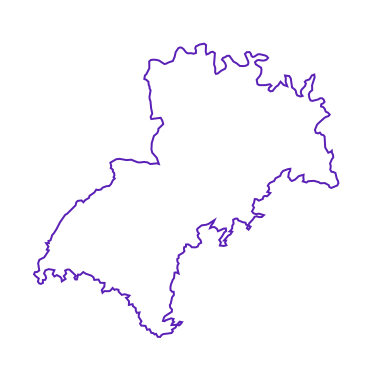 the district of São José dos Ausentes, Rio Grande do Sul, Brazil, rotated 9°
{"feature_id": "56859067B10014476741522", "entity_name": "São José dos Ausentes", "entity_type": "district", "adm_level": 2, "iso_a3": "BRA", "parent_name": "Brazil", "parent_adm1": "Rio Grande do Sul", "projection": "robinson", "projection_center": [-49.931, -28.671], "detail": "fine", "context": "isolated", "style": "outline", "palette": "violet", "viewbox_px": 384, "rotation_deg": 9, "n_neighbors": 0, "source": "geoboundaries", "source_scale": "gbopen_adm2", "svg_char_len": 5951}
<svg xmlns="http://www.w3.org/2000/svg" viewBox="0 0 384 384"><g transform="rotate(9 192 192)"><path d="M265.7,62.4L266.9,65.0L267.2,68.4L269.5,72.6L265.7,71.9L262.2,69.2L260.3,73.3L258.4,75.0L255.8,79.6L253.6,80.3L251.6,79.1L251.8,77.0L253.8,74.6L252.1,73.4L248.0,74.9L241.7,75.9L239.8,75.2L238.3,71.0L240.9,66.7L241.7,63.8L241.5,60.4L240.8,58.4L235.0,55.9L233.9,53.9L235.4,52.0L237.1,51.2L241.2,51.2L242.8,50.8L244.9,49.7L246.2,47.6L244.5,46.2L242.8,45.7L237.4,45.3L235.4,45.8L232.5,48.5L230.9,49.1L229.4,48.3L228.5,46.2L226.9,44.8L224.2,45.3L222.7,47.4L226.9,53.9L227.5,55.5L227.3,57.4L225.5,58.8L223.2,59.6L219.5,60.0L216.0,57.9L212.6,56.7L207.6,51.6L205.3,52.1L203.4,53.8L201.7,54.6L200.9,56.6L202.8,57.8L204.7,59.8L205.9,62.2L205.5,65.0L201.9,67.6L198.8,71.0L197.2,71.6L196.1,70.1L195.6,66.0L193.8,62.4L192.9,51.3L190.6,50.2L188.5,51.0L187.1,52.6L184.8,53.9L183.6,51.2L182.9,44.6L180.8,43.6L176.6,45.1L173.1,47.6L172.7,49.5L173.9,51.8L174.1,54.1L171.9,55.2L169.6,55.0L166.1,55.7L164.3,55.0L161.2,52.1L159.2,51.1L157.5,51.1L156.0,52.1L154.0,56.4L153.7,61.3L152.6,65.6L148.4,67.8L146.6,69.2L144.6,69.9L138.9,67.3L135.9,67.1L133.3,67.3L130.7,68.1L129.3,69.7L130.5,76.5L128.5,82.7L127.3,84.3L127.2,87.8L129.5,88.4L131.7,89.9L132.5,93.0L133.5,94.4L133.9,96.3L135.2,98.1L135.1,104.6L135.6,106.7L136.8,108.9L138.5,115.6L140.5,120.8L139.4,124.4L140.4,126.3L149.5,123.6L151.6,126.4L153.0,129.4L148.9,134.8L149.1,136.7L148.5,139.2L145.6,142.6L144.6,150.0L145.3,156.4L146.6,159.4L151.8,163.7L154.9,169.5L152.8,169.2L146.4,170.9L143.4,169.7L140.0,169.8L135.9,171.0L133.3,171.1L127.0,169.6L122.4,170.7L115.2,170.6L112.0,171.5L106.8,175.8L108.2,179.1L108.0,181.1L110.3,182.3L110.6,184.2L112.0,185.2L112.8,187.7L112.2,189.6L113.6,190.8L112.0,192.8L110.8,196.8L109.3,199.0L106.7,199.6L103.1,201.6L101.7,203.8L98.8,204.8L97.1,204.6L95.6,207.8L91.3,211.9L91.2,213.9L87.8,216.7L86.3,219.1L84.2,217.6L80.4,218.7L79.3,220.5L79.1,223.4L72.0,233.1L70.3,234.4L66.4,242.5L64.0,249.8L62.0,254.4L60.7,256.3L59.8,261.9L57.9,262.8L58.6,264.9L55.9,265.3L58.8,268.5L57.6,271.7L59.7,272.1L56.3,279.6L51.8,282.9L51.2,286.4L53.4,293.4L51.6,295.2L49.4,295.7L48.8,297.9L50.8,299.6L54.2,301.4L53.8,304.5L55.4,306.2L57.1,306.4L59.0,305.1L58.5,302.3L60.8,301.7L61.4,299.7L60.4,297.6L58.6,295.6L59.5,292.3L62.5,290.6L68.3,290.7L67.2,294.9L69.3,297.0L71.5,295.2L75.2,296.5L76.6,297.8L77.4,300.6L80.7,297.7L78.5,295.1L80.5,292.3L79.0,289.4L81.0,288.1L83.1,287.8L90.4,292.8L89.2,295.0L90.4,296.6L92.0,296.4L92.4,291.4L94.6,291.3L97.1,288.1L99.8,289.3L105.5,290.3L108.0,291.6L109.2,294.1L113.4,293.1L115.6,296.0L119.9,295.5L120.2,299.2L118.2,303.0L119.4,305.5L120.9,303.6L124.9,303.1L126.8,302.2L128.6,299.2L130.7,300.8L132.4,299.9L134.7,300.1L135.1,301.9L138.7,304.6L141.6,303.5L146.4,304.1L145.4,305.8L143.5,306.8L146.9,309.8L147.3,313.4L150.8,312.1L151.7,314.1L154.6,315.6L155.1,318.1L156.4,320.0L159.0,319.2L158.6,322.0L159.0,323.9L162.3,327.5L161.3,330.1L162.8,331.9L167.0,331.5L169.2,335.1L171.6,334.2L173.9,337.5L175.9,337.4L177.3,338.5L178.7,337.7L180.8,340.4L183.3,340.1L184.2,338.2L185.7,336.9L193.8,334.5L194.9,332.7L193.8,331.1L196.9,328.5L197.8,325.5L192.6,326.6L193.0,324.8L194.5,323.1L193.1,322.1L193.6,320.3L191.1,320.1L186.3,322.7L185.1,323.9L183.5,323.9L184.0,320.2L184.9,318.7L190.8,313.4L190.6,311.2L188.5,309.4L187.8,307.1L188.5,305.3L188.8,299.1L190.2,296.5L189.5,293.4L187.8,293.6L186.1,292.1L185.6,289.4L185.7,286.5L186.7,281.9L187.7,279.9L187.4,274.4L188.9,273.9L191.5,274.6L189.4,269.6L189.2,266.7L190.0,264.7L188.5,263.1L187.9,260.6L189.1,259.2L188.7,256.7L192.7,253.4L193.8,251.6L193.0,249.8L192.9,247.7L194.6,246.9L194.3,244.8L196.4,244.3L198.9,245.3L200.4,246.6L204.3,246.1L206.2,244.9L206.9,242.2L209.0,240.7L208.2,238.5L205.1,235.7L204.3,233.8L205.4,231.9L203.7,230.3L202.8,228.2L203.7,226.7L206.8,223.4L211.0,222.2L213.2,221.0L218.6,216.2L217.7,219.3L216.1,222.1L215.5,224.8L217.4,223.6L219.7,223.1L222.4,224.5L223.8,226.7L228.9,223.3L231.1,222.7L231.8,225.2L230.2,226.9L228.7,231.0L226.4,235.1L228.4,237.2L227.9,240.5L232.0,240.3L234.3,239.2L232.6,236.8L233.2,234.7L231.2,234.9L234.6,229.4L236.6,227.9L237.9,225.0L235.4,225.0L236.7,223.4L237.4,221.4L237.0,219.1L238.0,216.9L237.0,213.0L238.8,211.6L241.0,211.2L242.2,212.8L247.0,213.9L249.6,213.9L250.6,215.8L252.8,216.2L253.5,213.9L256.4,209.6L257.7,206.7L259.9,205.9L262.2,206.3L264.8,205.8L266.6,203.6L261.5,202.9L258.9,203.9L256.1,203.4L254.3,201.8L255.7,197.7L254.0,195.7L254.9,193.2L255.1,189.2L257.3,189.0L259.3,190.1L263.0,187.8L263.3,185.3L264.8,184.4L266.7,184.5L267.9,183.2L269.5,180.7L266.4,180.2L267.8,177.5L267.2,175.1L265.9,174.1L266.5,172.3L267.6,170.7L271.4,168.3L272.4,165.3L276.6,162.3L277.2,159.4L278.6,157.0L283.2,154.4L285.5,153.7L285.6,155.6L284.7,157.9L284.7,162.1L286.2,163.1L287.2,164.6L288.9,165.5L291.8,163.7L295.0,159.6L299.5,157.5L299.7,160.3L300.4,162.4L299.8,164.2L303.6,164.7L305.0,163.2L310.6,161.9L315.6,162.4L317.4,163.3L321.9,162.4L326.0,163.9L326.9,165.6L328.9,166.2L334.5,162.8L335.2,160.3L334.4,158.1L333.0,156.4L330.7,150.8L328.5,150.1L326.6,150.2L325.1,148.4L325.0,144.6L323.9,142.3L325.0,137.9L326.1,135.8L325.5,133.3L324.1,131.3L323.6,129.4L322.6,130.7L320.5,131.9L316.6,127.2L314.3,116.6L313.1,115.3L310.8,115.1L309.0,113.3L307.4,114.4L305.0,114.1L303.7,111.3L305.0,105.9L306.6,103.7L311.0,98.3L312.7,96.8L314.9,95.7L315.9,94.0L313.9,92.4L311.5,91.7L310.0,89.0L308.3,87.6L306.0,87.3L305.9,85.1L307.6,84.0L308.8,82.2L307.5,80.0L305.9,79.1L303.8,79.4L302.2,80.8L296.7,83.2L294.7,83.0L293.1,80.5L292.1,77.3L292.8,74.8L294.8,72.6L293.9,67.9L295.2,59.6L294.4,56.9L292.2,58.1L290.4,62.4L287.1,64.1L286.2,65.6L287.5,67.0L287.1,69.6L284.0,74.2L283.9,76.7L284.7,78.4L286.2,79.8L284.3,80.7L280.8,80.1L279.6,78.4L278.8,76.1L277.7,74.8L274.5,73.1L271.8,64.4L269.9,62.3L265.7,62.4ZM197.8,325.5L200.0,325.8L201.3,324.6L202.5,322.1L200.2,322.0L197.8,325.5ZM252.8,216.2L251.9,219.3L253.8,220.3L255.3,217.1L252.8,216.2Z" fill="none" stroke="#5b21b6" stroke-width="2"/></g></svg>